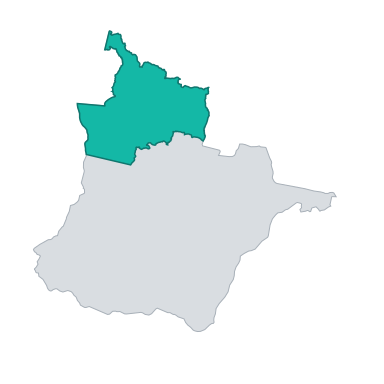 Democratic Republic of the Congo, with Katanga highlighted, rotated 193°
{"feature_id": "COD-1897", "entity_name": "Katanga", "entity_type": "Province", "adm_level": 1, "iso_a3": "COD", "parent_name": "Democratic Republic of the Congo", "parent_adm1": "", "projection": "albers", "projection_center": [26.036, -9.229], "detail": "fine", "context": "in_parent", "style": "filled", "palette": "teal", "viewbox_px": 384, "rotation_deg": 193, "n_neighbors": 0, "source": "natural_earth", "source_scale": "10m", "svg_char_len": 9667}
<svg xmlns="http://www.w3.org/2000/svg" viewBox="0 0 384 384"><g transform="rotate(193 192 192)"><path d="M323.6,252.4L296.4,256.4L296.9,258.0L296.7,259.6L295.9,260.9L293.2,264.3L289.0,267.4L289.0,268.1L291.0,271.6L292.3,276.4L291.9,284.8L292.5,287.0L292.4,288.8L291.0,290.8L288.2,300.9L290.0,305.7L295.3,310.4L298.3,313.8L303.6,315.0L304.4,314.9L304.8,312.0L309.0,311.0L308.8,329.0L308.5,330.0L307.7,330.2L306.7,329.6L306.4,327.9L305.3,327.2L300.2,329.3L298.9,329.3L297.5,328.9L296.5,327.9L296.2,326.6L292.6,321.3L290.9,320.9L288.9,316.2L280.9,312.7L277.8,312.4L276.2,311.4L274.6,307.6L271.9,305.2L271.3,302.6L270.8,302.2L269.1,302.7L267.7,306.9L265.9,307.9L262.6,308.0L254.3,306.8L248.4,304.6L246.9,304.8L244.5,302.8L243.5,299.6L244.1,297.1L243.6,296.7L234.6,298.9L232.4,300.1L230.4,299.8L229.8,299.1L230.6,297.4L230.2,295.6L229.5,294.7L226.9,294.0L226.0,292.0L224.4,291.8L223.8,292.1L223.4,293.4L222.5,293.9L217.1,293.3L211.4,295.1L203.9,294.7L200.4,296.8L199.9,296.7L199.1,295.7L198.4,292.3L198.7,291.4L199.8,290.7L200.2,289.3L199.8,285.8L200.1,284.9L199.7,282.9L198.5,279.6L196.9,277.0L193.5,273.1L192.8,271.2L193.0,266.8L194.0,259.7L193.8,254.5L192.4,251.1L192.0,247.4L192.9,240.8L192.0,239.3L174.7,238.9L174.0,238.5L173.6,237.6L174.4,233.6L163.9,234.8L160.7,235.6L158.8,237.2L158.2,239.3L158.2,242.1L156.6,244.9L156.3,249.5L153.4,250.1L150.5,250.1L144.9,249.3L139.4,250.7L136.8,252.0L135.4,251.4L130.5,252.0L129.8,251.7L124.0,242.7L121.5,239.7L120.9,238.2L121.1,236.8L120.4,235.0L117.7,230.3L117.1,228.2L117.1,224.8L116.8,223.6L114.4,220.8L112.8,219.8L111.1,219.4L82.8,220.6L73.4,220.4L66.6,221.0L63.2,220.9L62.2,220.5L59.1,221.2L57.5,222.5L55.1,223.2L53.6,223.0L50.5,219.8L54.5,219.0L54.8,218.7L54.7,210.6L53.6,209.5L55.7,208.0L59.0,204.3L62.4,202.9L62.8,202.2L63.5,202.2L64.8,203.6L67.8,205.5L71.3,203.6L71.7,203.1L72.0,199.7L72.9,199.3L74.5,200.0L75.4,200.0L76.9,198.9L81.4,197.0L82.9,199.2L81.7,201.3L82.3,202.7L82.5,204.9L83.2,205.4L86.9,205.5L87.9,204.9L94.9,196.7L96.8,195.8L99.7,192.5L103.7,191.0L105.4,188.4L107.6,183.9L108.5,177.5L107.8,166.4L108.1,164.9L112.8,159.8L117.6,150.6L121.0,148.2L123.5,147.2L127.4,143.8L130.5,140.4L129.9,136.4L130.6,133.1L132.2,128.9L132.7,124.4L132.0,119.8L132.1,115.9L134.3,109.8L134.4,102.8L136.4,96.9L140.4,89.4L142.3,83.9L141.8,78.5L142.3,74.5L142.0,72.1L141.2,70.1L141.6,68.8L143.2,68.3L145.1,66.2L148.6,60.8L152.4,58.1L155.1,57.3L157.9,57.3L159.8,57.7L162.8,59.8L166.2,61.4L168.8,63.4L171.3,66.6L177.4,67.2L180.0,68.4L181.6,68.8L182.1,68.5L183.4,68.6L186.2,69.5L188.5,69.0L199.7,71.0L200.9,69.9L204.0,64.3L206.3,62.4L210.1,62.2L213.1,63.2L214.7,63.2L228.4,58.4L230.2,58.1L235.2,59.3L238.4,58.5L239.7,58.7L242.5,57.9L244.8,54.5L246.7,53.7L266.4,57.3L269.4,55.6L270.9,55.4L275.3,56.7L276.6,58.7L279.2,60.5L281.1,63.4L284.0,65.0L285.5,66.6L287.2,67.7L290.8,68.1L295.3,65.5L298.5,65.8L301.7,67.2L302.9,67.2L305.3,65.7L306.6,64.1L307.9,63.7L309.8,64.4L311.3,66.0L312.6,68.2L317.5,73.3L322.2,75.4L323.4,78.5L325.1,78.3L326.0,78.6L327.2,80.5L328.0,80.9L328.2,81.7L327.0,83.5L325.8,87.0L327.2,89.2L326.0,92.3L325.3,95.5L326.8,96.3L328.8,96.3L330.6,98.0L332.0,98.3L333.5,100.1L333.1,101.6L328.4,106.8L321.3,113.2L318.9,113.9L317.7,115.1L316.8,117.0L314.8,118.6L313.2,119.2L313.0,123.9L310.6,128.8L309.7,129.7L308.4,137.6L308.6,139.0L307.2,145.5L307.4,151.5L304.0,153.4L301.6,156.4L300.6,158.4L300.6,163.4L296.8,166.3L296.5,167.0L297.4,170.5L298.8,171.1L298.8,172.3L301.9,176.0L301.6,187.5L301.8,188.7L303.3,191.4L304.4,196.7L303.1,203.3L307.2,215.6L305.3,220.0L306.1,224.3L308.6,228.8L314.3,233.3L315.9,235.1L317.3,237.6L318.7,241.4L323.6,252.4Z" fill="#d9dde1" stroke="#a8b0b8" stroke-width="1"/><path d="M303.4,204.8L303.9,206.1L305.0,208.2L305.6,210.6L307.0,214.0L307.3,215.3L307.1,216.4L305.5,218.7L305.2,219.7L305.2,220.3L305.7,221.9L306.1,224.3L307.5,226.3L308.2,228.3L308.5,228.9L309.0,229.4L310.9,230.9L313.0,232.0L314.1,232.9L316.2,235.4L317.1,236.8L318.2,239.2L319.2,243.5L322.2,248.4L323.3,251.1L323.6,252.4L296.6,256.2L296.3,256.4L296.9,258.0L296.8,259.3L296.3,260.6L294.4,263.1L291.9,265.5L290.6,266.5L288.6,267.5L288.3,268.0L288.6,268.6L289.9,269.0L290.4,269.3L290.7,269.6L290.7,270.6L291.4,271.2L291.5,272.0L292.2,272.1L291.7,272.4L292.0,272.9L292.2,273.5L292.3,274.7L292.5,274.9L292.9,275.2L292.9,275.4L293.3,275.8L293.0,276.0L292.9,276.2L292.7,276.9L292.3,277.8L292.3,280.4L292.1,281.0L291.4,282.1L292.2,283.0L292.3,283.3L292.1,284.0L292.1,284.4L292.5,285.4L292.3,286.0L292.3,286.6L292.9,287.3L292.8,287.9L293.2,288.4L293.2,288.7L292.7,289.2L292.1,289.5L291.1,291.3L291.0,292.4L290.8,293.0L290.4,293.4L290.4,294.1L290.0,294.9L290.1,296.0L289.9,296.4L289.9,297.0L289.3,298.0L289.3,298.3L289.4,298.9L288.9,299.2L288.2,300.3L288.2,301.4L288.5,302.2L288.9,302.7L289.1,303.6L289.0,303.8L289.4,304.3L289.5,305.3L290.1,305.7L290.2,306.4L290.3,306.6L290.5,306.5L290.8,306.6L291.2,307.3L291.6,307.1L292.0,307.8L292.9,308.3L293.2,308.4L293.7,308.3L293.8,308.4L294.0,309.1L294.9,309.7L295.4,310.7L296.3,311.2L296.6,311.6L297.9,314.2L298.4,314.3L298.9,314.1L299.0,314.4L299.9,314.1L301.1,314.0L301.8,314.6L302.7,314.7L303.7,315.2L304.6,315.4L305.0,315.0L305.0,314.5L304.4,314.3L303.9,313.6L304.3,312.2L305.8,311.5L306.2,311.5L306.6,311.9L307.6,311.5L308.1,311.1L309.0,311.0L308.8,329.8L308.6,330.3L307.4,330.3L306.5,330.0L306.2,329.7L306.0,329.0L306.3,328.9L306.3,328.3L306.8,328.1L307.0,327.7L306.8,327.3L306.4,327.4L305.6,326.8L305.3,326.8L304.9,326.9L303.8,327.9L301.7,328.7L300.4,329.5L299.9,329.9L299.7,329.9L299.4,329.3L299.0,329.1L297.2,329.3L296.6,328.6L296.3,328.0L295.9,325.8L295.7,325.6L295.2,325.4L295.1,324.9L294.8,324.8L294.9,324.2L294.6,324.0L294.3,323.3L293.1,321.7L292.5,321.1L291.9,321.0L291.7,321.1L291.3,321.7L290.9,321.8L290.7,321.7L290.7,320.9L289.8,319.8L289.7,319.4L290.3,318.8L290.3,318.4L289.7,317.6L289.0,316.3L287.6,315.1L286.4,315.0L285.6,314.5L285.2,314.6L284.8,314.9L284.5,314.6L284.2,314.1L282.3,313.9L282.2,313.3L282.0,313.0L280.9,312.4L280.5,312.3L279.9,312.9L279.4,313.0L278.1,313.0L277.7,312.8L276.0,311.1L275.3,309.1L275.2,308.5L274.6,307.3L271.9,305.6L271.5,304.3L271.5,303.1L271.3,302.4L271.1,302.1L269.4,302.5L268.8,302.4L268.6,302.6L268.8,304.0L268.2,304.7L268.0,305.3L268.0,306.5L267.7,307.1L267.2,307.6L266.6,307.9L266.0,308.0L265.0,308.0L264.4,308.6L264.1,308.7L263.3,308.2L261.6,308.0L261.0,307.8L260.3,307.2L260.0,307.1L258.9,307.2L258.3,307.5L257.8,307.4L257.3,307.4L256.4,307.0L253.7,307.0L253.4,306.9L253.2,306.4L252.7,306.1L251.8,305.4L251.1,305.5L250.0,305.5L248.5,304.4L247.8,304.4L247.6,304.8L247.2,304.8L246.9,305.1L246.6,305.1L246.4,305.0L246.3,304.8L246.4,304.2L245.3,303.6L245.0,303.2L244.4,303.1L244.2,302.7L243.8,301.5L243.8,301.1L244.0,300.6L243.5,299.5L243.5,299.1L243.9,298.5L243.6,298.2L244.1,297.8L244.1,296.6L243.9,296.5L243.5,296.6L242.1,297.3L241.2,297.4L239.1,297.6L238.6,297.6L236.9,298.3L236.3,298.4L235.2,298.5L234.7,298.7L234.1,299.3L233.5,299.6L233.1,300.2L232.6,300.2L232.0,300.5L231.4,300.5L230.3,299.7L229.2,299.6L229.0,299.3L229.8,299.0L230.6,297.8L230.6,296.9L230.6,296.6L230.1,296.1L230.1,295.9L230.4,295.4L230.3,295.1L229.1,294.4L228.3,294.4L227.5,294.2L226.7,294.3L226.4,293.0L226.5,292.5L226.2,292.1L224.9,291.8L224.4,291.8L224.1,291.9L223.8,292.9L223.2,293.3L222.9,293.9L222.5,294.1L221.3,293.8L219.7,293.8L217.5,293.2L217.0,293.1L215.7,293.4L213.2,294.8L210.5,295.3L209.3,295.2L208.2,294.6L207.8,294.6L206.9,295.1L206.4,295.2L205.3,295.0L203.6,294.4L203.1,294.5L202.6,295.7L202.2,296.0L200.8,296.5L199.9,297.4L199.6,297.6L199.3,297.6L199.5,297.0L199.5,296.3L199.3,295.0L198.9,294.1L198.6,293.8L198.6,293.2L198.2,291.7L199.0,290.9L200.4,290.3L200.4,289.5L200.5,289.3L200.2,288.9L200.2,287.2L199.7,286.5L199.7,286.2L200.1,285.3L200.2,284.5L198.6,281.0L198.7,280.5L197.9,278.0L196.9,277.2L196.4,277.2L195.6,276.2L195.4,275.8L195.3,275.3L194.9,275.5L194.7,275.0L193.8,274.0L193.4,273.4L192.9,270.9L192.5,270.3L193.3,267.7L193.1,265.6L193.4,262.0L193.7,261.0L194.0,259.0L194.4,258.1L194.2,258.0L194.5,256.8L194.5,256.2L194.4,255.5L193.9,254.6L194.2,254.3L193.5,253.3L193.2,251.7L192.6,250.9L192.4,250.0L191.7,249.7L191.7,249.4L191.6,248.4L191.9,247.8L191.8,247.2L191.9,246.6L192.7,244.2L194.7,245.0L195.4,245.6L196.4,246.0L197.9,246.4L198.9,246.5L202.4,246.2L203.1,245.9L204.0,245.2L204.3,245.2L204.8,245.7L205.1,246.8L205.5,247.3L206.0,247.5L207.1,247.5L208.1,247.8L209.1,247.6L211.2,246.9L212.2,246.2L212.7,247.9L212.9,248.2L213.2,248.3L214.3,247.7L214.8,247.8L215.5,247.8L216.9,248.1L218.2,247.8L219.8,247.8L220.7,247.4L221.3,247.7L221.7,247.5L222.0,247.0L222.5,246.7L223.9,246.6L224.0,246.3L223.5,245.1L223.5,242.2L223.9,241.6L224.3,240.1L224.6,239.7L224.4,239.4L223.9,239.1L224.2,238.3L224.1,237.4L224.2,237.1L224.7,236.7L225.4,235.4L226.3,235.1L226.5,234.9L226.7,234.3L226.5,234.2L226.3,233.5L226.4,233.3L226.8,233.2L226.7,232.8L226.5,232.5L227.3,232.5L227.7,232.7L227.9,233.0L227.9,233.9L228.1,234.2L230.0,235.1L230.7,235.3L231.2,235.3L231.6,235.1L232.0,234.3L233.3,234.1L234.4,233.3L235.7,232.8L237.7,231.1L237.9,231.0L237.9,229.9L238.2,229.6L238.6,229.3L240.2,229.2L241.3,229.3L242.4,229.8L243.5,230.6L245.6,230.0L246.1,228.9L246.1,228.4L246.8,227.9L246.8,227.6L246.6,227.3L245.1,227.5L245.0,227.4L244.5,227.2L243.4,226.0L243.0,225.3L243.3,224.8L243.9,224.3L245.0,224.3L246.5,224.7L246.9,224.6L247.8,224.1L248.8,223.9L250.5,222.4L250.8,222.2L251.5,222.3L252.8,222.8L253.1,223.0L253.2,223.7L253.5,223.9L253.8,223.9L254.6,223.2L256.0,223.3L256.3,223.1L256.5,222.7L256.5,222.3L256.0,221.3L256.0,220.9L256.5,219.6L256.3,218.3L256.4,216.4L256.2,215.6L255.3,214.8L254.9,214.1L255.3,213.1L256.0,212.1L255.3,210.7L255.2,210.2L255.8,208.7L257.0,207.0L257.9,204.6L303.4,204.8Z" fill="#14b8a6" stroke="#0f766e" stroke-width="1.5"/></g></svg>